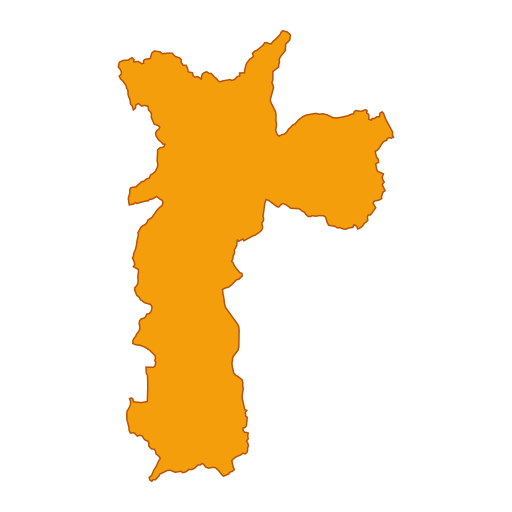 São Paulo, São Paulo, Brazil (Robinson projection)
{"feature_id": "56859067B92864763247255", "entity_name": "São Paulo", "entity_type": "district", "adm_level": 2, "iso_a3": "BRA", "parent_name": "Brazil", "parent_adm1": "São Paulo", "projection": "robinson", "projection_center": [-46.645, -23.682], "detail": "fine", "context": "isolated", "style": "filled", "palette": "amber", "viewbox_px": 512, "rotation_deg": 0, "n_neighbors": 0, "source": "geoboundaries", "source_scale": "gbopen_adm2", "svg_char_len": 6017}
<svg xmlns="http://www.w3.org/2000/svg" viewBox="0 0 512 512"><path d="M119.5,62.1L118.7,64.5L118.4,67.4L120.1,69.1L121.4,71.8L121.2,74.4L119.2,76.0L120.5,78.8L122.8,81.0L126.1,85.5L126.6,88.1L127.8,89.9L128.1,94.5L128.7,97.0L129.8,98.9L130.5,104.0L132.3,106.2L133.4,109.9L135.4,108.2L135.9,105.0L138.3,103.5L141.7,106.1L144.4,105.4L148.1,106.3L148.5,110.0L150.2,111.6L151.4,113.6L151.3,117.3L154.1,124.0L158.3,125.7L159.8,127.1L158.8,129.2L156.9,130.6L155.5,133.2L156.1,136.1L158.7,140.0L161.4,142.2L163.0,144.1L164.8,144.2L164.2,146.2L162.6,147.4L160.2,147.5L157.7,149.8L157.1,160.7L157.8,163.7L157.7,165.8L157.1,167.9L155.1,171.6L153.2,173.4L150.6,174.9L149.4,178.0L146.6,178.9L143.8,181.2L141.7,181.6L135.8,186.9L132.6,187.3L130.5,187.9L129.8,190.1L129.8,192.9L128.3,198.3L129.2,204.9L133.8,204.0L135.2,202.5L136.9,203.5L145.5,201.0L148.1,200.9L149.6,199.3L151.8,199.2L153.9,198.2L156.5,196.4L160.5,199.5L162.3,200.3L162.9,203.0L162.1,205.6L159.8,207.2L157.1,210.0L151.9,217.5L148.0,220.0L147.1,222.2L145.2,224.5L142.9,225.6L141.0,227.1L137.9,232.8L138.3,235.3L137.2,239.9L136.3,246.2L135.4,249.4L133.6,253.8L133.5,255.9L132.5,257.9L134.2,261.9L134.8,264.6L133.3,266.7L138.4,269.4L138.4,272.2L137.8,277.3L138.1,280.1L138.0,282.7L136.8,285.6L134.6,288.0L134.7,290.0L136.8,295.4L139.2,297.3L140.6,299.8L144.8,302.8L150.7,304.5L152.0,307.0L151.7,309.4L150.9,311.7L149.1,313.6L146.6,314.2L145.8,316.5L144.1,318.1L141.1,318.9L139.5,320.9L139.1,323.9L139.7,325.8L139.9,328.5L138.8,331.3L136.8,333.8L135.5,336.6L133.8,338.5L132.9,341.0L132.8,343.4L135.1,344.6L140.4,345.4L142.8,346.3L145.0,347.2L149.6,350.2L155.1,355.6L155.5,358.4L154.7,360.6L155.9,362.2L154.8,366.4L153.2,367.3L146.0,367.1L146.3,373.2L147.5,375.3L147.8,387.7L147.3,401.6L141.1,402.6L133.6,401.8L132.9,399.1L131.4,397.9L129.5,398.6L130.5,401.1L130.6,403.9L129.7,406.6L127.1,411.1L126.8,413.9L126.9,419.3L128.8,427.0L129.2,430.7L130.5,433.1L132.9,432.7L134.6,433.3L137.4,436.1L139.6,435.2L142.3,436.0L143.6,438.5L145.5,440.3L148.0,441.2L148.8,443.5L148.8,446.0L150.1,447.6L151.5,449.0L154.4,449.2L155.6,451.6L156.0,453.8L159.3,456.6L160.2,458.7L158.5,461.2L156.5,466.0L153.8,470.1L151.6,475.5L149.2,477.3L149.7,479.8L151.8,481.3L153.2,479.6L155.4,479.8L158.8,476.1L159.8,474.1L167.1,470.6L170.1,470.2L175.3,472.3L180.9,471.3L182.7,472.7L185.2,472.1L187.4,470.8L188.7,469.5L191.8,469.5L194.2,468.5L198.0,465.0L200.5,464.9L201.8,463.5L203.7,464.3L205.5,467.0L208.3,468.1L213.0,467.4L215.4,467.6L219.0,471.0L221.8,474.7L223.5,476.2L228.7,474.0L230.1,472.0L232.1,471.5L234.4,469.6L233.2,467.1L231.8,460.6L233.6,458.7L236.0,456.9L240.7,454.9L242.8,453.3L245.4,453.8L247.0,452.4L247.7,450.0L247.5,448.0L248.5,445.8L247.8,443.2L246.5,441.0L248.2,438.9L247.7,435.2L248.3,433.1L246.3,432.4L244.6,432.4L243.1,430.4L243.0,427.9L245.0,427.6L246.5,425.5L247.2,417.2L245.7,416.3L245.4,412.4L246.8,410.4L244.7,409.5L242.4,399.1L242.1,396.7L243.2,388.5L242.7,385.4L242.8,382.8L242.2,379.9L238.0,376.5L235.8,375.3L233.8,373.3L232.3,366.8L231.9,363.1L232.5,360.3L232.6,357.9L233.4,356.2L238.1,350.1L238.8,347.0L239.1,329.9L238.8,326.7L237.7,324.4L225.4,307.2L224.6,303.9L223.5,295.9L222.9,293.8L222.6,289.4L224.8,288.2L228.8,287.0L231.6,284.9L236.6,279.7L238.8,279.3L242.3,276.0L241.8,273.3L239.9,272.8L235.8,267.8L234.1,265.4L233.2,263.0L231.6,261.3L232.8,259.1L233.1,256.1L234.5,253.0L234.4,249.4L235.6,247.9L236.8,245.2L236.9,242.2L237.4,240.1L238.9,241.2L242.9,239.0L243.8,240.8L252.7,236.0L255.2,235.1L259.7,232.0L261.6,230.2L262.7,227.6L261.8,223.1L263.3,220.9L263.7,218.7L263.0,216.5L264.9,203.0L266.0,199.5L268.9,200.5L276.9,206.6L278.7,207.1L282.1,203.6L285.3,204.2L290.9,208.3L299.1,208.7L302.4,211.3L304.4,212.2L305.9,214.5L308.2,216.5L310.3,216.6L312.0,215.7L316.3,216.2L319.1,215.6L323.4,215.7L325.4,216.9L327.2,222.4L328.6,225.2L335.1,226.4L337.2,227.8L339.6,227.7L344.1,229.2L346.3,229.1L348.6,228.0L352.9,227.4L353.9,224.7L356.9,226.3L357.6,229.0L359.4,228.4L362.2,226.5L364.2,223.5L366.3,222.0L367.8,220.3L367.4,216.9L368.2,215.0L370.0,215.1L371.8,213.3L375.7,207.7L373.0,203.1L374.7,200.7L376.6,200.7L379.9,199.7L381.7,198.6L381.5,196.6L382.2,194.3L383.3,191.8L385.1,190.7L382.2,184.5L384.3,182.1L382.9,180.1L382.2,177.1L383.5,173.9L377.7,171.3L376.8,169.7L375.7,164.1L378.7,162.1L378.1,159.0L376.5,157.1L375.1,151.2L376.9,150.6L378.8,148.7L382.6,142.6L384.5,141.0L386.7,140.5L387.2,138.4L389.4,137.7L391.3,138.2L393.6,137.1L392.4,135.2L392.7,132.2L385.6,119.0L383.5,113.3L382.1,111.8L380.0,113.2L379.4,116.7L376.6,116.8L374.1,118.6L372.1,118.5L371.2,120.2L368.8,119.3L368.9,116.9L368.7,114.5L366.6,112.9L367.2,110.8L365.6,109.7L361.0,111.4L356.0,110.5L354.3,111.5L353.6,113.8L350.9,114.3L347.8,115.8L340.0,117.5L335.7,118.0L333.1,117.7L327.3,114.9L323.0,113.8L319.3,114.2L316.9,113.5L314.8,113.5L306.1,115.1L302.8,116.7L298.6,119.8L295.2,123.8L292.7,125.0L290.7,127.3L288.9,128.7L286.6,132.1L284.6,134.0L282.1,134.6L278.8,136.1L277.1,134.2L275.5,129.7L276.2,127.6L276.6,124.8L275.9,120.0L276.0,114.3L275.6,111.8L270.8,102.2L270.3,99.7L273.5,87.7L273.1,85.2L271.9,82.9L272.8,80.1L272.9,71.5L278.7,67.0L278.7,64.7L279.5,62.2L279.2,59.1L280.4,56.8L285.4,50.5L285.7,43.9L287.4,42.5L289.8,39.8L290.4,34.8L287.3,32.0L282.8,30.7L281.3,32.0L280.0,34.6L275.7,39.2L273.0,41.3L271.2,43.8L269.0,43.7L266.8,42.6L264.6,42.7L263.3,45.0L257.0,50.2L254.8,51.1L252.4,53.3L253.4,56.2L252.0,57.8L250.2,58.8L247.1,62.5L245.9,65.0L244.6,70.5L244.5,72.8L239.5,73.0L239.8,75.7L237.3,76.6L234.3,79.6L231.9,80.4L230.1,79.6L222.2,81.0L220.3,81.8L218.3,81.1L216.8,78.8L214.3,76.9L212.5,74.7L211.1,73.4L209.2,73.4L206.5,71.7L203.7,73.0L202.2,74.2L201.2,79.0L197.5,76.5L194.9,77.3L193.1,75.6L192.5,72.8L188.2,71.8L187.5,68.2L186.2,65.3L183.3,65.3L181.2,62.4L181.2,59.6L179.8,58.0L175.4,56.5L173.9,55.3L172.5,53.3L169.9,53.1L162.0,53.6L160.1,51.8L154.2,51.0L151.8,53.1L150.2,58.5L144.9,59.4L143.5,60.7L143.6,63.2L141.9,63.7L138.1,61.4L135.4,61.9L133.7,61.8L134.0,59.7L132.2,57.8L130.4,58.5L128.4,60.1L123.3,60.4L119.5,62.1Z" fill="#f59e0b" stroke="#b45309" stroke-width="1.5"/></svg>